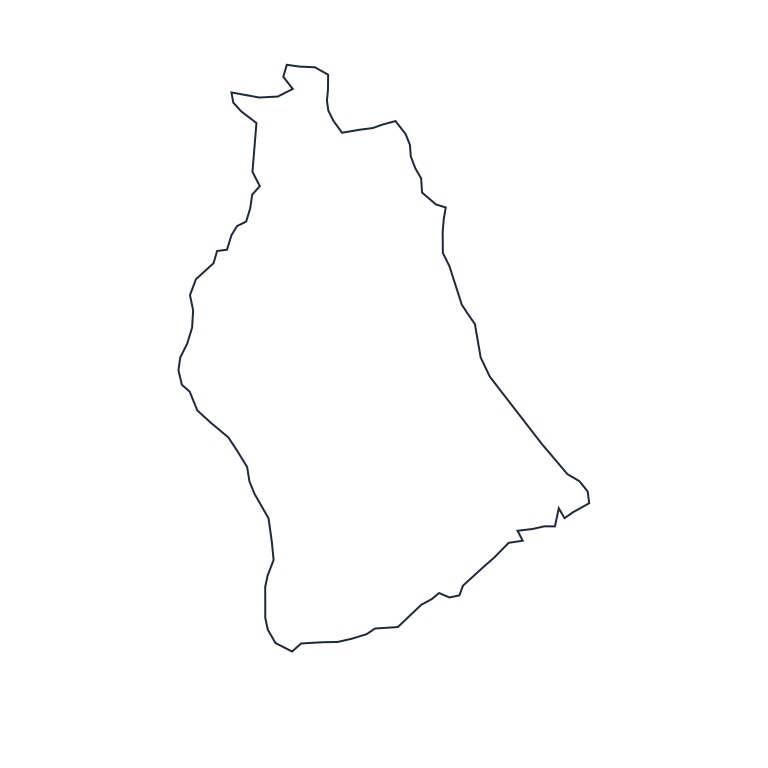 Orobó, Pernambuco, Brazil (Albers equal-area conic projection), rotated 287°
{"feature_id": "56859067B28170275518336", "entity_name": "Orobó", "entity_type": "district", "adm_level": 2, "iso_a3": "BRA", "parent_name": "Brazil", "parent_adm1": "Pernambuco", "projection": "albers", "projection_center": [-35.592, -7.713], "detail": "fine", "context": "isolated", "style": "outline", "palette": "slate", "viewbox_px": 768, "rotation_deg": 287, "n_neighbors": 0, "source": "geoboundaries", "source_scale": "gbopen_adm2", "svg_char_len": 1426}
<svg xmlns="http://www.w3.org/2000/svg" viewBox="0 0 768 768"><g transform="rotate(287 384 384)"><path d="M304.1,213.2L296.4,229.5L287.4,250.8L277.9,262.3L264.6,277.4L251.5,283.8L241.1,292.3L221.7,312.9L200.2,322.9L183.4,329.9L167.0,328.7L155.3,329.7L141.4,334.0L125.7,338.8L115.0,344.8L104.6,355.9L101.3,374.3L111.7,380.7L119.3,401.4L123.8,415.2L131.2,428.0L139.8,440.6L147.6,447.0L155.6,468.3L183.8,484.2L192.2,492.5L200.2,497.8L199.0,509.0L203.9,517.9L214.3,518.5L241.1,534.4L249.5,539.7L268.6,549.7L274.7,562.5L282.7,554.6L288.8,568.5L294.8,579.0L297.8,589.1L316.2,587.5L308.5,595.9L316.7,602.3L330.0,615.1L340.8,610.2L348.2,599.2L351.4,585.8L372.9,552.3L414.1,494.1L421.9,483.1L437.6,468.7L467.9,453.4L476.3,442.7L482.6,435.2L515.8,412.1L526.5,402.0L546.7,395.6L559.4,392.9L570.9,391.4L570.9,381.1L578.2,364.4L591.5,359.4L599.3,351.0L609.4,343.1L620.4,338.8L629.4,331.5L638.8,318.1L631.5,306.5L625.5,298.5L620.0,286.3L612.0,270.4L620.8,258.8L629.2,250.8L638.2,246.6L648.9,244.4L663.4,240.2L666.7,225.4L663.0,211.1L660.8,197.7L648.3,197.9L639.5,210.5L627.8,198.3L621.5,181.0L618.2,152.9L609.0,157.6L603.0,167.7L596.3,185.7L548.4,196.2L536.9,207.4L526.5,202.6L512.8,204.7L499.0,204.7L492.1,197.3L481.6,194.6L466.5,194.6L462.4,185.5L449.7,185.7L429.2,173.5L412.2,172.5L398.7,179.9L381.9,184.0L365.1,184.0L349.8,181.4L337.1,183.4L324.2,190.9L319.9,200.4L304.1,213.2Z" fill="none" stroke="#1e293b" stroke-width="2"/></g></svg>